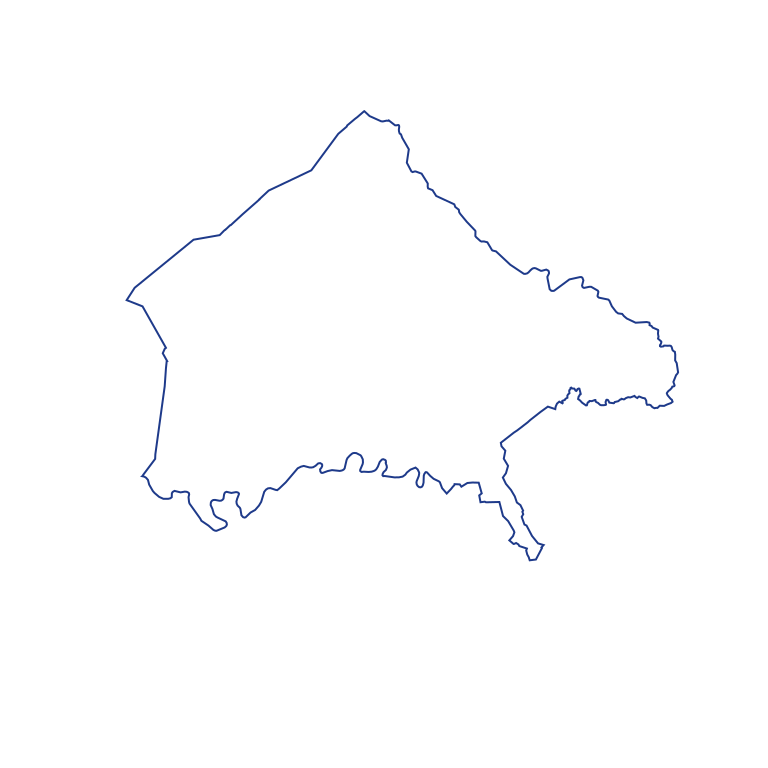 outline of Vijciema pag., Valkas, Latvia, rotated 231°
{"feature_id": "27541924B32036118272462", "entity_name": "Vijciema pag.", "entity_type": "district", "adm_level": 2, "iso_a3": "LVA", "parent_name": "Latvia", "parent_adm1": "Valkas", "projection": "mercator", "projection_center": [25.957, 57.603], "detail": "fine", "context": "isolated", "style": "outline", "palette": "blue", "viewbox_px": 768, "rotation_deg": 231, "n_neighbors": 0, "source": "geoboundaries", "source_scale": "gbopen_adm2", "svg_char_len": 6154}
<svg xmlns="http://www.w3.org/2000/svg" viewBox="0 0 768 768"><g transform="rotate(231 384 384)"><path d="M585.9,553.6L585.9,552.9L587.0,551.8L588.8,548.3L590.0,547.1L601.3,541.4L608.4,540.4L608.5,540.1L608.2,531.2L608.3,528.3L608.1,518.1L607.5,517.0L607.2,505.9L595.8,462.0L606.9,416.1L606.0,403.3L605.8,403.3L604.9,380.9L603.9,364.9L604.2,364.4L603.7,358.1L603.8,358.1L603.8,356.1L603.1,350.0L616.0,326.8L615.7,250.8L611.1,236.8L596.3,245.2L549.3,237.3L549.3,235.7L547.1,231.4L538.3,229.9L538.5,229.5L533.5,224.5L520.2,212.1L473.3,162.1L469.8,159.0L464.9,139.5L464.5,139.1L464.5,138.1L462.8,139.4L460.9,140.1L458.0,140.2L453.6,138.2L446.3,137.0L443.7,137.1L437.8,138.2L433.6,140.3L430.5,144.2L429.6,146.1L429.6,147.8L432.6,150.4L433.1,151.8L432.8,153.9L427.8,157.7L425.7,161.5L424.3,162.9L423.0,163.5L421.9,163.7L420.8,163.1L419.1,160.9L415.1,158.3L413.5,157.6L395.1,156.5L392.6,156.0L384.4,158.5L377.9,159.6L376.2,160.5L375.3,161.5L372.8,169.9L372.9,172.1L373.6,173.4L375.1,174.3L376.9,174.5L384.8,170.7L386.5,170.0L388.1,169.9L389.9,169.9L394.8,172.0L399.0,173.1L400.7,174.7L401.3,175.7L401.5,176.9L401.3,178.3L400.2,179.8L396.9,182.6L395.9,183.9L395.6,185.5L395.9,187.1L398.7,190.1L399.5,191.4L399.7,192.5L399.3,193.8L395.4,196.8L393.2,200.8L392.5,201.6L391.1,202.4L389.9,202.2L389.6,201.8L387.2,197.6L385.5,195.3L383.7,194.2L381.6,193.7L378.6,194.1L377.3,193.8L371.7,190.6L369.2,190.7L367.9,191.6L367.5,192.6L368.1,199.4L367.2,204.6L368.2,210.3L369.7,214.4L375.6,223.1L376.2,225.9L375.9,228.2L374.6,230.2L370.0,233.1L368.7,234.2L368.7,237.0L369.4,245.8L372.8,263.9L372.0,267.5L370.8,270.1L366.0,273.6L364.8,275.0L363.9,276.6L363.5,279.3L363.7,282.9L362.7,284.6L360.9,285.3L359.9,285.0L359.0,284.1L358.3,282.6L357.9,280.6L356.1,279.5L354.4,279.4L353.5,280.4L351.8,285.4L349.8,289.4L344.3,294.9L343.4,296.6L343.0,297.8L342.9,299.1L343.2,300.3L348.5,307.1L349.4,308.9L349.9,312.3L350.0,315.1L349.8,316.3L349.2,317.4L347.7,319.0L343.4,320.9L342.2,320.9L338.8,320.1L336.3,318.3L335.2,317.0L332.3,311.5L331.5,310.8L329.9,311.1L328.5,313.2L325.4,316.6L323.7,319.1L322.8,321.3L322.5,322.9L322.6,324.3L323.6,327.2L326.1,331.6L326.6,334.7L326.1,336.0L324.5,337.0L323.4,337.2L321.8,336.2L321.6,335.6L318.7,334.6L317.3,333.7L316.0,331.4L315.8,328.3L315.1,326.6L314.1,325.4L312.9,325.4L312.0,326.7L304.8,333.4L302.0,337.0L300.3,340.2L300.1,343.5L300.8,346.0L300.8,350.7L299.2,355.9L296.4,356.4L293.1,355.6L292.3,355.0L290.6,353.1L287.9,348.2L286.9,347.1L285.2,346.2L283.5,346.0L281.7,346.4L280.6,347.5L280.3,349.1L281.0,350.7L282.5,352.7L287.7,357.2L288.7,358.7L289.3,360.8L289.1,361.2L288.2,361.8L283.5,362.1L279.1,362.9L273.8,365.4L272.5,365.6L266.5,363.6L259.4,363.8L260.2,370.0L260.9,373.0L261.1,374.9L261.8,375.8L258.3,379.7L255.5,379.5L254.6,386.5L251.8,390.7L247.7,395.5L237.5,391.1L237.5,387.9L231.4,384.6L229.1,388.3L227.9,388.8L219.7,399.4L206.5,393.4L199.3,394.2L188.5,392.6L186.7,392.0L184.6,388.6L183.6,383.0L178.2,384.0L177.8,384.6L177.3,386.6L174.7,387.5L172.9,387.2L166.2,391.5L165.1,389.7L164.4,389.4L161.3,388.0L158.4,387.5L155.3,386.3L152.0,391.6L157.1,403.5L157.9,403.5L158.4,406.7L163.2,403.4L172.7,403.4L184.3,405.7L186.4,404.7L194.1,407.4L195.2,410.3L197.6,411.1L198.0,412.4L204.0,413.8L208.3,412.7L214.3,414.9L221.7,416.0L229.7,415.9L236.5,417.5L237.9,422.6L242.3,428.9L250.6,430.1L255.8,436.3L261.6,436.1L264.8,437.8L264.5,454.2L264.1,458.4L263.8,471.7L264.0,475.1L263.8,487.8L263.3,497.1L256.7,501.3L258.4,503.2L259.9,506.1L260.0,509.1L256.7,510.5L256.8,511.0L258.3,511.5L258.7,512.0L257.8,514.5L258.3,515.7L257.9,517.9L259.6,519.2L260.1,520.7L260.1,522.3L262.0,523.5L262.6,524.3L262.6,525.4L263.5,526.4L263.4,527.2L262.0,527.5L260.6,529.0L258.3,528.7L257.6,529.0L257.6,529.5L258.3,531.3L257.9,532.6L257.4,532.9L252.4,530.6L252.3,530.3L252.6,529.6L252.0,528.6L251.8,527.4L250.2,525.4L247.8,526.0L244.8,526.2L240.2,527.5L239.8,528.3L241.2,530.3L241.4,530.9L241.1,531.7L241.5,533.0L239.9,534.7L238.8,537.9L238.5,538.2L237.2,537.5L236.3,537.6L234.7,538.4L231.9,538.8L231.0,539.3L229.3,541.3L228.2,543.2L228.3,543.6L230.5,544.8L231.7,546.8L231.5,547.4L230.4,548.0L227.7,547.4L224.5,550.4L224.4,550.8L224.8,551.9L223.2,555.3L223.3,557.6L222.9,558.3L223.1,559.2L221.1,560.7L220.9,561.2L220.8,563.2L220.1,565.4L218.5,567.0L217.1,571.2L215.8,571.2L213.7,572.0L213.9,574.0L213.6,574.5L210.5,576.2L208.7,577.7L206.2,577.4L203.7,575.7L202.2,575.4L201.0,577.1L199.8,577.9L197.2,578.0L195.0,578.9L194.2,580.5L193.3,581.5L193.6,584.6L190.7,587.9L189.9,591.2L188.6,595.0L188.6,597.1L190.6,597.8L192.1,597.4L196.7,597.3L198.6,597.8L199.0,598.2L199.4,599.7L199.6,600.9L199.5,602.4L199.8,604.9L200.5,606.4L199.8,607.7L199.7,608.3L200.1,609.0L203.5,610.2L207.1,616.6L207.4,618.5L208.0,619.9L216.0,624.6L219.1,625.1L223.5,628.8L226.0,630.3L227.3,629.7L228.9,629.6L231.6,630.8L233.1,630.9L234.0,630.2L235.2,628.5L237.4,626.1L237.6,625.8L237.4,624.9L238.7,622.7L239.7,622.3L240.5,622.9L241.0,624.5L241.8,625.7L242.5,626.2L246.8,625.5L248.0,627.1L250.7,628.6L253.0,630.8L253.6,631.0L258.8,628.3L260.7,628.4L262.6,627.4L263.8,628.5L264.7,628.8L266.8,627.2L273.3,618.1L282.1,613.9L285.8,613.2L288.6,613.2L291.5,610.4L294.0,609.8L301.0,610.0L307.0,611.6L308.5,611.4L315.8,605.4L317.0,605.1L318.0,605.3L320.7,608.6L322.0,608.9L329.1,606.2L330.3,604.8L332.8,599.9L334.2,599.3L335.8,599.8L339.1,604.2L341.6,605.0L342.7,604.8L343.7,603.7L348.6,593.9L349.4,575.0L349.9,574.0L351.1,572.7L353.4,572.4L363.1,577.5L364.5,578.4L366.1,581.8L366.7,582.3L368.1,583.0L369.0,582.9L370.8,582.1L372.7,577.8L373.3,577.1L378.3,574.8L379.4,573.9L380.1,572.6L380.3,571.5L380.2,569.2L379.8,566.6L379.9,564.8L380.8,562.9L381.7,562.0L397.2,557.2L416.6,554.5L419.5,552.3L420.1,552.2L429.1,553.5L431.9,551.4L433.4,549.4L434.4,548.9L440.1,548.0L441.5,548.1L445.0,551.1L445.8,551.4L458.1,550.4L468.0,550.3L470.1,550.5L472.4,551.8L476.7,550.8L479.4,551.7L497.3,542.9L504.1,543.7L508.3,541.4L509.8,542.1L512.3,544.2L523.8,545.6L529.2,542.4L529.9,541.5L530.7,539.6L532.0,539.1L541.6,541.0L550.8,551.0L563.9,553.1L567.3,554.3L568.8,553.8L570.8,554.6L572.3,555.6L574.3,557.7L575.5,558.4L576.3,558.1L577.3,556.3L578.1,555.4L585.9,553.6Z" fill="none" stroke="#1e3a8a" stroke-width="2"/></g></svg>